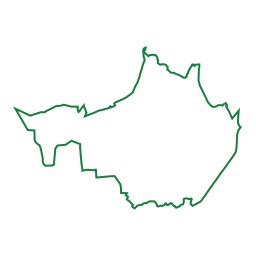 Orizaba, Veracruz, Mexico (Natural Earth projection)
{"feature_id": "50627088B96459936323530", "entity_name": "Orizaba", "entity_type": "district", "adm_level": 2, "iso_a3": "MEX", "parent_name": "Mexico", "parent_adm1": "Veracruz", "projection": "natural_earth1", "projection_center": [-97.104, 18.859], "detail": "fine", "context": "isolated", "style": "outline", "palette": "green", "viewbox_px": 256, "rotation_deg": 0, "n_neighbors": 0, "source": "geoboundaries", "source_scale": "gbopen_adm2", "svg_char_len": 5797}
<svg xmlns="http://www.w3.org/2000/svg" viewBox="0 0 256 256"><path d="M145.7,47.6L145.1,47.7L144.6,48.0L144.3,48.2L143.9,48.6L143.4,49.6L143.3,50.2L143.3,51.1L143.5,54.8L143.7,57.0L144.2,58.1L144.5,59.5L144.6,60.1L144.5,60.9L144.1,61.7L143.6,62.8L143.2,63.9L142.5,66.0L142.1,67.7L141.1,70.8L140.5,72.7L140.2,73.8L139.5,76.6L138.9,78.6L138.4,79.7L137.7,81.7L137.2,83.0L136.6,84.1L135.5,85.8L134.9,87.1L134.2,88.9L133.3,91.1L133.1,91.6L132.4,92.7L131.8,93.3L129.6,94.9L128.7,95.6L125.5,97.9L121.6,99.7L119.6,100.6L119.2,100.8L114.7,102.8L114.5,103.2L114.2,103.6L114.4,104.1L115.1,105.4L112.9,106.8L111.3,107.2L111.0,107.3L110.9,107.1L110.4,106.3L109.4,107.3L109.5,107.8L109.0,108.0L107.4,108.5L105.5,109.0L103.3,109.6L102.9,109.7L102.5,109.8L102.4,109.8L102.0,109.9L101.8,110.0L101.6,110.1L101.3,110.1L100.8,110.2L99.2,110.5L94.7,112.5L84.9,116.3L86.5,112.3L86.1,111.8L85.4,110.0L85.0,108.5L84.0,107.3L83.8,105.4L80.7,109.3L79.6,111.1L78.5,112.0L77.9,110.4L77.6,108.7L77.9,108.1L77.9,107.3L77.6,106.6L76.9,106.8L74.4,106.6L71.4,106.6L70.7,106.4L70.2,106.4L68.2,105.8L63.6,104.7L60.7,105.8L58.0,105.9L55.6,106.3L54.8,106.8L50.3,109.1L45.7,111.3L45.0,112.2L44.0,112.2L41.0,112.2L30.1,115.6L15.4,108.7L27.8,130.1L34.4,130.4L34.6,135.3L34.5,139.2L35.5,141.9L37.4,143.9L39.5,145.3L40.3,147.1L41.1,150.1L41.6,152.7L42.1,154.7L42.8,159.2L42.7,161.1L43.5,163.9L45.2,165.7L52.4,165.5L53.7,164.6L53.9,164.6L55.3,148.7L57.5,145.5L65.5,144.8L71.5,140.8L80.1,144.1L80.1,144.4L80.3,145.1L80.3,145.3L80.3,145.9L80.2,146.1L80.1,146.3L80.0,146.5L80.4,150.6L80.7,155.0L81.4,162.2L81.6,164.4L82.0,166.7L82.5,170.3L82.4,170.7L87.1,169.8L91.0,170.1L94.4,170.2L94.6,170.1L94.7,169.8L94.9,169.7L95.9,169.7L96.2,174.6L96.3,176.0L96.4,177.5L98.1,177.4L99.0,177.3L100.2,177.2L101.7,177.1L104.3,176.8L105.9,176.7L106.9,176.6L109.7,176.3L110.3,176.3L111.2,176.2L111.8,176.2L112.8,176.1L114.6,176.1L120.5,184.5L120.5,185.0L120.6,186.1L121.0,188.2L121.1,193.0L124.0,193.1L126.9,193.2L126.6,193.7L125.8,195.2L128.0,196.8L127.7,197.6L126.7,199.4L128.9,200.9L129.2,200.9L131.1,203.3L132.9,205.0L132.1,206.5L133.2,207.4L134.6,208.4L135.5,207.4L136.1,207.0L136.6,206.3L136.9,206.0L137.4,205.7L137.9,205.6L138.3,205.5L139.0,205.2L139.7,204.9L140.1,204.8L141.4,204.8L142.1,204.8L142.4,204.6L142.7,204.1L143.2,203.7L143.5,203.5L144.3,203.2L145.2,203.1L146.1,203.1L146.5,203.1L147.0,202.8L147.8,202.4L148.7,201.9L149.3,201.5L149.7,201.3L151.3,201.3L152.2,201.4L152.7,201.3L153.5,201.3L154.1,201.3L154.5,201.4L154.8,201.6L155.0,202.2L155.4,202.7L155.6,202.9L155.9,203.3L156.0,203.4L156.0,203.5L156.3,204.0L156.5,204.2L156.7,204.5L156.8,204.8L156.8,205.2L156.8,205.4L156.9,205.6L157.2,205.9L157.4,206.1L157.7,206.4L158.0,206.5L158.3,206.5L158.5,206.4L158.8,206.4L159.2,206.2L159.6,206.1L159.8,206.0L160.3,205.7L160.6,205.7L160.8,205.7L161.0,205.9L161.2,206.0L161.5,205.8L161.8,205.7L162.2,205.8L162.5,205.8L162.6,205.7L162.8,205.6L163.1,205.5L163.6,205.5L164.0,205.4L164.4,205.1L164.6,204.8L165.0,204.4L165.1,204.0L165.4,203.7L165.6,203.5L165.9,203.4L166.1,203.4L166.4,203.6L166.5,204.1L166.7,204.5L167.1,205.0L167.4,205.0L167.7,205.1L168.1,205.0L168.3,204.9L168.7,204.6L169.1,204.2L169.5,204.0L170.0,203.8L170.2,203.5L170.4,203.3L170.6,203.2L170.9,203.3L171.3,203.3L171.7,203.4L171.9,203.6L172.1,203.9L172.3,204.1L172.5,204.3L172.6,204.5L172.8,204.7L173.1,205.0L173.4,205.4L173.7,205.9L174.1,206.2L174.5,206.2L174.9,206.2L175.2,206.3L175.3,206.4L175.4,206.9L175.7,207.5L175.9,207.6L176.1,207.7L176.3,207.7L177.1,207.3L177.5,207.1L177.9,206.9L178.4,206.8L178.9,206.5L179.2,206.4L179.5,206.5L179.6,206.4L179.9,205.9L180.1,205.6L180.4,205.2L180.5,205.1L180.8,205.0L181.3,204.9L182.2,204.6L182.8,204.5L183.1,204.0L183.3,203.3L183.5,202.7L183.7,202.3L183.9,201.9L183.9,201.4L183.8,201.0L183.7,200.6L183.7,200.3L183.7,199.7L183.8,199.3L183.8,199.0L184.5,198.7L184.9,198.5L185.5,198.5L186.1,198.5L186.6,198.4L187.0,198.4L188.3,198.9L188.8,199.1L189.5,199.2L189.8,199.0L190.3,198.7L190.8,198.6L191.3,198.6L191.7,198.9L191.7,199.6L191.5,200.2L191.2,200.7L190.7,202.3L190.6,203.2L190.9,204.2L191.3,204.7L191.5,204.9L191.8,205.1L192.0,205.2L192.2,205.5L192.5,205.9L196.1,204.0L198.7,202.6L199.6,202.1L200.3,201.6L201.4,200.6L202.1,199.5L203.9,197.1L205.5,195.0L207.9,191.4L209.6,189.0L211.5,186.3L212.5,185.0L212.7,184.6L213.4,183.6L217.9,177.3L218.4,176.7L219.5,175.1L220.9,173.0L222.8,170.5L225.6,166.7L228.2,163.0L229.2,161.6L231.5,158.5L233.7,155.2L235.2,153.0L235.8,151.7L236.4,148.9L236.6,146.0L236.8,143.2L236.9,139.9L237.0,137.0L237.2,135.0L237.3,134.1L237.9,131.9L238.4,130.7L238.8,129.7L240.1,128.0L240.6,127.1L240.2,126.9L239.8,126.5L239.1,125.4L238.7,124.6L238.3,123.8L238.1,122.9L238.0,121.9L238.4,114.2L238.7,110.7L234.9,115.2L232.2,118.5L231.0,115.9L230.0,113.5L229.1,111.6L226.1,106.2L227.1,105.5L225.8,103.1L223.9,104.1L222.4,105.6L222.2,105.5L220.4,105.1L218.9,105.2L217.9,105.3L217.0,106.0L216.0,106.5L213.9,106.9L212.8,106.9L210.5,105.2L207.8,102.0L205.0,96.0L199.9,85.6L198.5,80.7L198.6,78.0L198.9,69.1L199.4,66.9L199.3,64.4L198.4,64.5L197.5,64.6L197.3,64.6L196.5,64.6L195.6,64.7L194.6,64.9L194.6,65.8L193.4,65.1L193.0,64.4L192.1,64.7L192.1,65.6L190.9,66.8L190.2,67.9L189.8,68.7L188.9,70.6L188.5,71.3L188.1,71.9L188.1,73.3L187.8,73.3L187.6,73.4L186.4,75.9L186.5,76.9L185.9,77.2L184.2,77.9L179.7,75.4L178.1,74.6L176.5,74.2L174.0,72.9L171.7,72.7L170.7,72.5L169.9,71.8L168.6,70.5L168.1,69.7L167.4,69.7L167.6,66.9L166.6,65.9L166.1,65.0L163.6,64.2L161.0,64.4L160.9,64.7L160.0,64.6L159.7,64.5L158.3,63.5L158.2,63.2L157.9,62.7L157.9,59.7L157.5,59.6L157.2,57.3L156.1,55.6L154.8,55.2L154.7,54.9L154.4,54.9L152.8,54.7L151.2,55.1L149.9,55.1L149.2,55.3L148.5,56.1L148.3,55.8L147.6,55.4L147.3,55.0L146.3,54.2L144.6,52.7L144.2,52.3L144.2,50.9L144.4,50.7L144.9,50.2L145.2,49.3L145.7,47.6Z" fill="none" stroke="#15803d" stroke-width="2"/></svg>